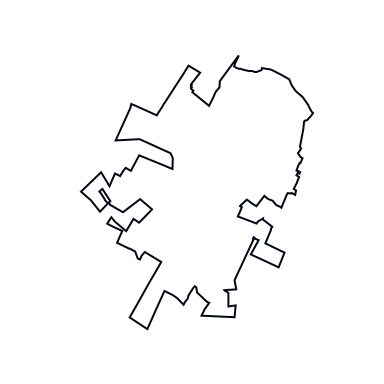 Cuzamá, Yucatán, Mexico, rotated 17°
{"feature_id": "50627088B68514471367949", "entity_name": "Cuzamá", "entity_type": "district", "adm_level": 2, "iso_a3": "MEX", "parent_name": "Mexico", "parent_adm1": "Yucatán", "projection": "robinson", "projection_center": [-89.348, 20.713], "detail": "fine", "context": "isolated", "style": "outline", "palette": "ink", "viewbox_px": 384, "rotation_deg": 17, "n_neighbors": 0, "source": "geoboundaries", "source_scale": "gbopen_adm2", "svg_char_len": 3197}
<svg xmlns="http://www.w3.org/2000/svg" viewBox="0 0 384 384"><g transform="rotate(17 192 192)"><path d="M151.8,72.2L150.2,78.0L149.9,79.0L149.8,79.6L149.0,82.4L148.7,83.7L147.9,86.3L147.7,86.9L147.7,87.1L147.6,87.4L147.2,88.7L146.3,91.9L145.7,94.0L144.8,97.0L144.6,97.8L144.3,98.8L143.6,101.6L142.9,103.8L140.5,112.3L140.0,114.1L139.2,116.3L138.8,118.6L138.1,121.1L137.7,122.5L136.7,125.8L136.2,127.7L136.0,128.2L135.9,128.9L135.9,129.0L123.7,127.4L110.7,125.8L109.5,125.8L108.2,125.6L108.5,129.7L103.9,165.0L122.3,158.3L126.3,156.8L160.1,161.2L162.5,163.8L163.8,165.5L166.6,175.7L159.3,175.0L130.8,172.4L127.3,189.7L121.5,188.3L120.0,192.1L118.6,197.8L113.0,196.8L111.4,210.6L99.3,199.7L93.5,210.2L93.5,210.3L93.4,210.3L85.8,224.1L97.8,229.5L109.8,237.7L113.5,230.3L114.9,227.6L112.6,226.0L112.0,225.7L111.0,225.1L109.9,223.8L104.8,219.5L103.3,218.7L105.4,215.3L113.9,222.4L116.6,224.6L115.6,226.3L117.6,228.4L119.6,228.7L123.8,229.7L131.9,231.5L144.5,214.0L158.9,220.3L150.4,236.8L143.9,234.8L140.5,248.7L127.0,242.9L122.3,239.7L121.7,241.3L120.2,247.1L125.8,248.1L136.7,249.7L135.2,262.5L148.7,264.6L149.2,264.3L155.1,265.6L159.5,271.4L162.0,271.8L162.4,267.9L164.4,263.2L183.1,267.9L177.4,292.2L173.4,310.8L169.1,330.2L189.4,336.2L191.8,316.3L194.6,294.7L203.8,296.2L209.0,297.9L216.9,302.3L217.4,299.4L219.0,295.4L218.9,292.0L221.4,282.9L221.5,282.7L222.1,281.4L224.0,282.0L226.4,286.8L227.9,287.4L238.3,292.6L240.9,293.0L238.4,300.2L237.3,307.5L269.3,299.3L266.9,287.7L260.3,290.8L257.6,282.0L256.3,277.9L253.6,277.0L251.8,276.6L251.6,276.4L262.8,272.2L258.5,263.9L263.2,230.2L264.8,218.9L264.0,218.7L264.2,217.2L265.0,217.3L265.1,218.1L269.8,218.6L266.5,234.5L296.9,238.7L298.2,222.9L277.2,219.7L278.6,205.2L278.3,203.7L279.0,201.8L267.7,197.5L267.6,196.6L263.7,201.0L262.9,203.3L256.1,202.8L243.0,202.0L243.2,199.3L243.4,199.0L244.1,191.9L243.2,191.7L242.3,191.5L242.0,191.3L242.1,191.1L242.5,190.4L246.7,183.3L246.9,183.3L252.0,185.2L257.7,186.8L262.3,174.6L266.0,176.1L266.7,176.4L271.8,176.8L273.1,177.7L276.6,179.9L280.7,180.4L281.5,180.6L282.1,180.9L282.5,175.7L282.9,172.8L283.1,170.0L283.4,166.8L284.0,165.0L286.7,164.7L287.4,163.8L291.5,164.6L291.0,160.1L288.4,159.3L289.5,153.2L290.0,146.3L287.0,145.4L287.6,142.9L289.4,143.1L289.7,141.4L287.9,140.9L285.7,141.0L285.8,137.4L286.0,135.2L286.4,132.8L287.2,132.8L287.7,128.8L287.8,127.3L285.5,126.8L282.0,123.9L283.7,118.5L282.0,117.2L280.1,99.6L278.6,91.8L279.2,90.6L280.3,90.3L281.2,89.4L282.2,87.2L283.2,85.3L284.0,83.2L284.7,81.2L282.4,79.8L279.4,76.8L277.4,74.5L276.9,74.2L270.1,68.9L261.6,65.1L256.3,61.0L252.0,55.8L243.2,53.8L232.7,52.0L231.1,51.9L223.9,52.9L222.7,53.0L222.8,55.1L218.6,58.4L216.8,58.9L214.8,58.7L213.0,58.9L211.6,59.6L209.5,59.8L204.7,60.1L202.0,60.0L200.7,60.5L198.3,60.3L195.5,59.6L195.6,56.2L196.8,48.5L196.7,47.8L186.2,77.9L187.7,83.9L185.4,89.2L184.6,96.1L183.1,104.6L163.2,96.5L163.4,95.9L163.5,95.5L163.6,95.1L163.7,94.8L162.3,94.2L162.1,94.1L161.4,93.8L161.0,93.6L160.8,93.3L161.1,92.4L160.9,92.4L160.7,92.3L160.9,91.6L160.1,91.3L159.9,91.2L160.0,90.7L160.1,90.3L160.4,89.7L159.6,89.3L160.4,87.2L164.9,75.5L161.4,74.6L156.1,73.3L151.8,72.2Z" fill="none" stroke="#020617" stroke-width="2"/></g></svg>